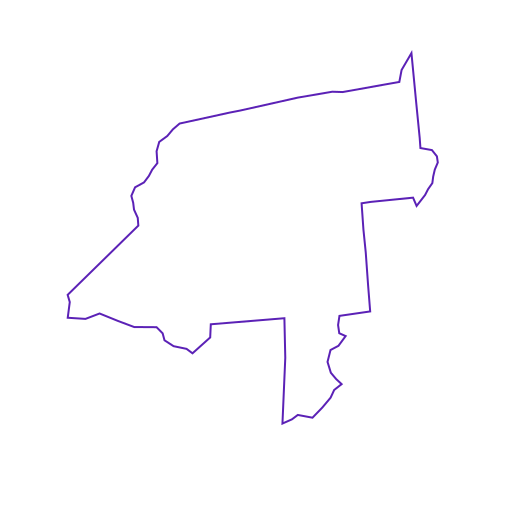 outline of Santa Maria do Herval, Rio Grande do Sul, Brazil, rotated 259°
{"feature_id": "56859067B89103119002015", "entity_name": "Santa Maria do Herval", "entity_type": "district", "adm_level": 2, "iso_a3": "BRA", "parent_name": "Brazil", "parent_adm1": "Rio Grande do Sul", "projection": "mercator", "projection_center": [-50.978, -29.471], "detail": "fine", "context": "isolated", "style": "outline", "palette": "violet", "viewbox_px": 512, "rotation_deg": 259, "n_neighbors": 0, "source": "geoboundaries", "source_scale": "gbopen_adm2", "svg_char_len": 1091}
<svg xmlns="http://www.w3.org/2000/svg" viewBox="0 0 512 512"><g transform="rotate(259 256 256)"><path d="M253.8,63.7L246.3,64.4L231.3,59.4L226.8,76.6L229.4,91.5L218.4,108.4L209.5,122.9L205.1,144.8L197.9,149.6L190.7,150.1L183.2,157.9L178.1,170.1L172.6,175.1L184.8,195.5L197.6,198.6L189.5,272.0L150.4,265.3L86.5,250.0L88.8,260.1L92.0,266.7L86.5,280.6L94.6,292.2L102.7,302.2L109.6,307.2L113.9,315.6L119.9,311.2L127.1,307.2L138.4,306.0L149.5,311.2L152.1,319.8L160.3,328.7L164.3,323.0L172.6,323.4L181.3,326.5L179.8,357.5L206.3,360.5L238.5,364.4L261.5,366.5L287.6,369.7L287.2,379.1L283.3,421.3L274.5,423.2L283.6,433.6L288.8,437.7L293.9,443.0L300.2,445.1L306.7,448.0L313.1,452.3L319.3,452.6L326.4,448.9L330.6,438.0L340.5,439.2L375.8,442.5L425.5,447.3L410.8,434.4L399.5,429.9L399.8,413.0L400.4,372.4L402.7,362.2L403.5,327.2L401.8,268.3L401.8,257.4L400.6,206.3L396.2,198.6L390.7,191.8L386.5,182.8L377.8,178.4L366.0,176.9L360.6,170.6L355.0,166.1L349.6,160.1L346.5,150.4L338.8,145.1L331.7,145.6L324.8,145.1L316.0,147.2L308.3,146.3L253.8,63.7Z" fill="none" stroke="#5b21b6" stroke-width="2"/></g></svg>